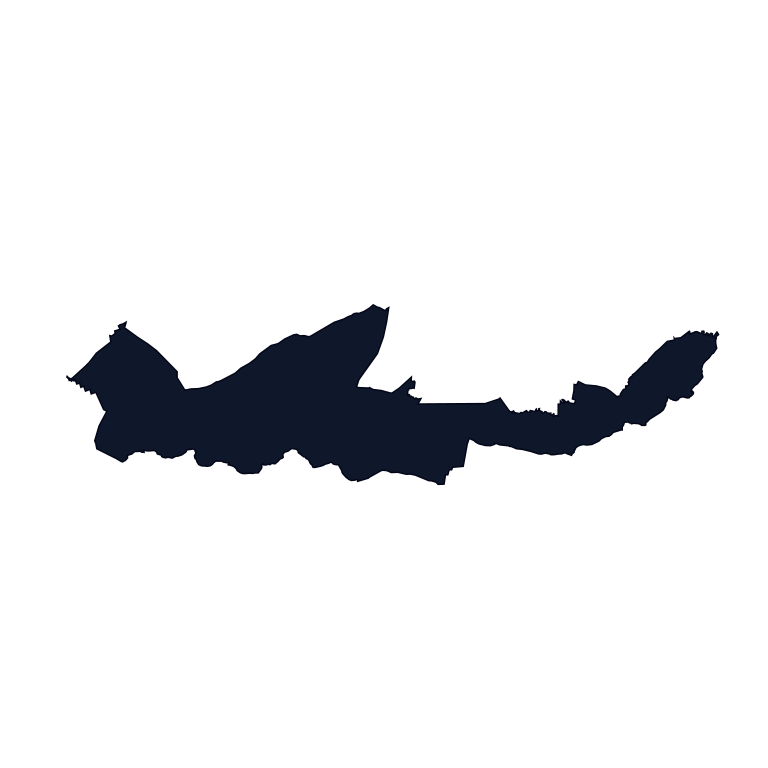 outline of Fortín, Veracruz, Mexico, rotated 290°
{"feature_id": "50627088B80111986215691", "entity_name": "Fortín", "entity_type": "district", "adm_level": 2, "iso_a3": "MEX", "parent_name": "Mexico", "parent_adm1": "Veracruz", "projection": "mercator", "projection_center": [-96.984, 18.895], "detail": "fine", "context": "isolated", "style": "filled", "palette": "ink", "viewbox_px": 768, "rotation_deg": 290, "n_neighbors": 0, "source": "geoboundaries", "source_scale": "gbopen_adm2", "svg_char_len": 6153}
<svg xmlns="http://www.w3.org/2000/svg" viewBox="0 0 768 768"><g transform="rotate(290 384 384)"><path d="M452.8,565.8L449.1,565.3L448.6,562.8L442.9,564.7L434.4,566.1L434.5,569.7L430.6,569.6L429.6,564.7L430.9,563.2L430.3,562.2L429.1,562.1L429.2,561.1L430.4,558.9L430.6,557.3L430.0,556.7L429.0,558.8L427.5,559.7L427.2,558.8L428.4,555.6L425.3,556.6L424.7,554.6L413.5,558.6L413.3,556.7L411.6,554.6L413.8,554.1L414.1,553.7L412.8,552.9L412.0,551.6L412.7,550.9L413.6,550.8L412.5,547.5L413.3,545.9L413.0,544.6L411.0,543.6L410.7,542.9L412.1,541.9L412.2,539.0L414.0,538.5L413.5,537.9L411.8,538.5L411.0,536.6L412.6,535.8L412.0,535.4L409.8,535.6L409.1,530.5L407.5,530.5L406.7,528.9L407.7,526.9L404.2,524.0L404.1,522.4L402.6,521.6L401.8,516.9L401.4,516.8L403.0,515.0L401.7,513.9L400.7,514.6L400.4,514.4L401.5,512.8L401.0,511.7L410.5,497.8L409.3,497.2L408.5,496.3L400.2,485.8L376.8,422.8L383.0,423.7L381.5,421.1L381.8,418.9L380.5,417.7L381.7,415.6L381.3,415.0L381.8,413.6L380.9,412.5L382.2,412.0L382.7,411.3L382.5,410.7L381.5,410.4L381.4,409.8L386.8,408.5L387.0,409.2L388.2,408.8L389.4,411.8L390.2,412.2L390.3,413.8L396.3,412.5L396.1,411.7L397.0,411.5L395.7,408.5L399.8,407.4L385.2,399.7L378.9,395.1L377.8,393.9L376.9,383.5L375.1,375.7L375.7,371.5L375.0,371.1L372.1,362.0L371.6,359.2L379.0,358.9L381.4,359.4L410.3,367.4L427.9,367.3L443.2,365.2L457.4,362.3L455.8,360.9L453.3,360.0L454.3,353.0L453.8,352.3L454.7,346.8L450.5,344.5L445.4,340.5L441.8,336.4L441.1,333.8L439.7,331.6L437.2,330.0L435.0,327.3L431.3,324.0L424.9,316.1L404.1,298.9L402.7,297.3L402.2,292.5L400.5,288.6L400.8,285.0L399.3,282.3L392.3,275.3L386.6,271.4L385.2,270.0L381.6,264.8L369.7,256.9L363.7,254.6L361.2,253.0L357.5,250.6L349.8,244.0L343.3,240.5L332.0,230.2L329.9,228.0L328.6,225.7L323.9,222.1L320.4,218.1L316.1,211.1L313.2,204.0L310.8,200.3L310.4,198.6L319.2,187.4L324.8,185.4L337.5,158.9L340.8,148.5L343.7,136.1L348.1,120.8L350.2,120.9L353.9,120.5L351.1,118.1L349.3,115.6L347.7,114.6L345.2,117.3L341.7,112.8L339.7,114.2L335.9,111.8L335.7,109.8L330.1,112.9L314.6,103.2L303.7,99.7L298.1,97.1L282.7,89.0L282.0,88.2L281.6,86.9L282.0,85.2L282.8,83.6L282.1,83.6L281.1,85.5L281.6,85.8L279.7,86.9L280.3,89.0L279.9,89.4L282.1,90.8L280.9,91.7L281.9,92.8L278.9,95.3L280.7,97.7L277.2,100.3L279.2,102.6L275.2,105.9L278.3,109.5L274.5,112.3L277.7,116.0L264.1,129.3L263.7,132.9L247.2,130.6L231.7,131.6L229.4,133.6L224.9,136.3L222.4,158.0L221.3,163.7L221.4,165.0L224.1,167.3L226.9,168.3L229.1,167.3L232.0,171.0L234.9,172.6L235.6,173.6L236.9,176.9L238.0,178.6L237.0,179.2L237.7,181.9L239.3,180.8L240.4,185.3L243.0,191.0L242.4,193.4L240.7,195.0L241.0,198.6L240.8,199.3L239.8,199.9L239.6,201.0L239.8,203.8L241.4,206.3L241.9,210.3L245.0,213.2L245.7,215.0L248.3,218.3L252.3,221.1L254.6,221.2L257.7,226.9L257.6,228.5L254.7,230.9L251.7,230.4L249.5,231.8L248.8,233.4L246.8,235.0L244.9,237.5L244.8,238.8L244.7,240.4L246.4,246.4L247.8,248.8L249.7,250.1L252.7,251.3L254.1,252.5L256.1,258.1L255.7,259.2L255.8,260.6L256.6,265.4L254.8,265.2L255.2,269.0L255.1,271.2L254.0,273.9L252.4,275.7L251.5,279.2L251.5,281.6L252.2,283.9L254.1,287.9L255.1,291.3L256.3,293.1L257.5,296.3L262.5,297.7L264.3,297.6L265.7,296.4L267.5,298.0L266.8,298.4L267.4,300.5L269.1,303.0L269.2,304.4L271.1,305.8L271.5,308.1L272.2,309.4L272.8,309.3L274.5,310.6L278.0,312.0L279.4,313.7L280.4,314.3L280.9,314.3L283.0,313.0L286.2,313.9L286.5,314.8L288.3,317.0L291.4,318.9L292.0,320.0L292.7,324.1L291.8,326.1L290.2,326.9L290.0,327.3L289.9,328.2L288.1,333.4L288.6,334.5L287.3,336.5L287.3,338.1L286.7,339.4L283.8,342.3L283.5,343.7L281.4,345.9L282.1,347.9L285.3,352.8L286.9,354.8L288.5,356.1L290.7,359.2L292.2,360.6L292.5,361.5L291.5,363.7L291.8,366.8L292.6,368.7L288.1,374.0L286.6,374.8L285.7,375.9L283.3,380.4L282.3,383.8L282.2,386.4L283.8,389.7L284.7,390.5L285.0,391.8L283.5,392.5L290.1,401.4L291.5,402.2L301.8,411.1L302.8,413.1L303.6,416.5L303.3,421.1L305.8,427.2L306.6,434.3L307.0,436.3L308.3,439.3L309.1,444.5L308.5,459.1L309.3,462.1L309.5,466.6L308.2,469.1L310.1,473.9L310.5,474.7L319.8,472.8L320.4,475.0L325.7,474.6L326.5,476.9L329.2,476.9L333.7,486.6L355.8,482.8L362.0,482.6L361.7,487.8L360.9,489.6L360.2,493.5L360.9,500.3L362.5,505.3L365.3,508.7L366.2,508.5L366.5,510.0L366.4,513.5L368.5,522.1L368.3,523.5L368.8,524.6L368.5,530.7L369.9,536.4L370.9,545.4L371.2,553.3L372.0,555.9L374.2,559.2L374.9,563.5L374.6,565.0L375.8,568.1L377.8,571.7L379.0,574.6L381.1,577.4L381.4,578.9L381.1,579.5L381.1,584.6L382.5,584.7L384.9,586.0L385.9,585.7L389.8,586.1L392.0,587.6L393.9,589.7L395.4,592.2L396.0,595.4L398.3,600.0L403.8,605.4L407.2,607.1L410.5,610.4L411.9,613.3L414.4,615.0L416.9,615.9L422.2,622.9L422.3,623.6L425.1,622.6L427.2,623.1L430.3,623.0L432.0,626.9L431.4,627.7L431.8,629.0L431.2,630.0L432.6,632.4L433.9,637.3L433.3,640.4L434.4,643.4L435.0,644.0L437.0,643.3L440.1,645.0L441.5,645.4L451.6,653.2L455.2,655.3L460.4,655.9L463.0,655.1L464.5,655.7L467.0,655.5L468.5,654.8L468.6,656.9L467.9,658.5L468.2,659.3L467.8,661.0L468.2,664.0L469.9,665.7L472.2,666.4L474.1,669.0L474.7,674.0L475.6,675.6L476.6,675.7L477.8,676.8L480.3,678.0L481.9,677.7L482.7,676.5L481.6,675.8L482.1,675.2L484.7,674.9L488.9,676.6L491.3,678.4L499.2,681.2L500.2,680.9L502.3,679.2L505.1,678.5L506.3,677.3L511.8,676.9L515.4,678.2L520.0,680.6L524.1,681.7L525.9,683.1L531.4,684.4L535.1,682.1L537.5,681.0L539.2,680.7L539.7,679.8L540.5,680.6L541.4,680.1L543.4,680.5L544.5,681.4L545.1,681.4L546.7,679.1L541.8,677.6L540.9,677.9L540.5,677.5L540.8,675.9L541.9,676.1L543.5,675.4L542.6,674.1L543.3,673.8L540.5,672.0L542.2,671.3L542.4,669.8L539.7,668.7L539.7,668.0L539.9,667.5L541.9,667.2L543.0,666.4L542.4,664.8L542.0,664.7L540.6,665.6L540.0,664.7L540.2,660.0L539.4,658.5L535.5,654.3L535.8,653.6L537.4,653.7L538.0,652.9L529.0,647.1L526.1,641.5L526.4,641.0L524.6,641.9L520.9,635.6L512.0,631.3L506.9,628.3L497.9,624.7L494.4,624.0L493.0,622.2L480.5,616.3L477.7,614.4L474.4,614.2L475.3,613.8L475.1,613.4L472.4,612.4L472.4,612.7L470.6,613.1L469.3,612.8L469.3,613.2L466.4,614.5L464.8,611.8L462.0,612.7L460.7,610.8L455.2,609.5L453.9,610.5L452.3,607.8L452.0,608.2L451.1,607.5L452.1,606.3L454.8,598.6L455.8,593.5L454.8,584.2L452.0,573.6L452.8,565.8Z" fill="#0f172a" stroke="#020617" stroke-width="1.5"/></g></svg>